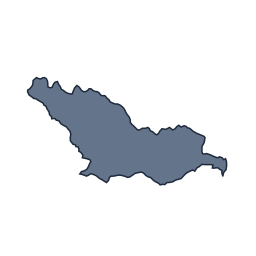 Cachoeira Paulista, São Paulo, Brazil (Mercator projection), rotated 148°
{"feature_id": "56859067B53695933502393", "entity_name": "Cachoeira Paulista", "entity_type": "district", "adm_level": 2, "iso_a3": "BRA", "parent_name": "Brazil", "parent_adm1": "São Paulo", "projection": "mercator", "projection_center": [-44.996, -22.71], "detail": "fine", "context": "isolated", "style": "filled", "palette": "slate", "viewbox_px": 256, "rotation_deg": 148, "n_neighbors": 0, "source": "geoboundaries", "source_scale": "gbopen_adm2", "svg_char_len": 2894}
<svg xmlns="http://www.w3.org/2000/svg" viewBox="0 0 256 256"><g transform="rotate(148 128 128)"><path d="M175.1,93.1L172.4,93.8L170.3,95.6L168.2,96.3L166.6,95.3L164.2,94.2L161.2,93.2L158.6,91.3L156.8,89.3L155.6,87.9L154.6,86.4L152.4,85.5L149.3,85.6L146.1,85.8L143.1,84.8L139.9,83.5L138.6,81.3L138.0,78.3L136.9,76.0L135.1,74.0L134.4,71.1L133.8,69.1L132.9,67.4L131.4,65.0L130.9,62.7L128.4,61.9L126.8,60.5L124.0,61.1L121.4,59.7L119.4,59.0L117.7,58.5L115.7,58.7L113.8,58.2L111.7,57.6L109.9,57.0L106.8,57.8L105.0,58.3L103.2,58.7L100.4,58.7L97.2,58.4L95.4,58.0L94.2,56.0L92.1,57.0L90.3,57.7L88.2,57.5L84.7,58.0L80.8,55.3L78.1,53.7L75.5,51.6L77.7,49.4L76.3,48.3L74.4,47.6L72.7,46.3L72.2,44.6L70.9,42.1L72.1,40.5L73.2,36.7L71.3,38.9L69.6,39.9L66.9,40.7L65.8,42.1L64.4,43.6L63.3,45.6L62.1,47.7L61.6,50.3L63.5,50.3L64.0,53.0L65.7,55.1L67.5,55.1L69.0,56.6L70.4,58.6L72.1,61.2L73.8,63.4L75.2,64.9L77.1,65.4L78.3,66.7L77.8,68.9L76.3,71.1L75.1,73.1L73.4,74.0L71.0,75.4L69.0,77.6L67.7,79.3L68.2,81.0L72.6,87.2L73.8,89.4L74.7,91.1L75.3,93.4L76.0,95.2L77.3,96.5L78.0,98.8L79.3,100.2L82.4,100.6L83.5,103.4L85.9,103.3L88.4,102.4L91.1,102.6L91.7,104.4L92.5,106.5L96.2,106.7L97.7,107.6L99.5,109.4L102.9,108.4L104.5,107.4L107.1,106.9L108.2,108.6L109.1,111.9L110.6,113.8L110.2,116.1L110.9,118.0L113.4,118.5L115.8,120.1L117.5,120.2L119.3,120.3L120.9,121.3L121.5,124.0L122.1,126.6L122.7,128.6L123.1,131.5L121.8,133.6L121.2,136.6L121.6,140.4L121.5,142.6L121.2,145.0L121.2,147.2L121.6,149.0L122.3,151.1L123.9,153.7L126.0,155.0L127.9,157.4L129.4,159.9L129.1,161.9L129.8,163.6L130.5,167.7L133.0,169.2L133.8,171.0L133.8,172.8L134.7,175.0L136.5,176.4L138.0,178.7L138.5,180.7L140.1,181.9L142.5,181.2L145.0,181.4L146.5,182.5L147.5,184.4L147.6,186.9L147.8,188.9L148.9,191.2L152.2,190.2L153.7,189.1L157.5,186.4L159.8,188.4L161.7,190.8L162.8,193.9L164.0,196.2L163.5,199.1L163.7,201.6L163.2,204.8L165.6,205.5L168.1,204.6L170.8,202.7L172.7,203.3L174.1,205.4L172.8,207.6L171.5,210.2L171.1,213.2L172.3,215.2L173.9,215.8L175.8,215.8L177.8,217.4L178.9,219.3L183.3,218.6L185.1,216.1L186.6,214.7L188.8,213.8L190.8,213.3L193.0,213.3L194.0,211.8L194.4,208.4L193.2,205.7L192.4,203.2L190.6,201.5L189.6,199.4L188.1,196.5L186.9,194.3L187.1,191.8L186.0,189.9L186.5,187.6L186.5,185.6L186.5,183.4L187.5,180.8L186.9,178.3L187.7,176.1L186.1,175.5L184.8,174.4L184.7,172.6L182.7,170.7L182.7,167.2L181.2,164.2L179.7,161.8L179.5,159.5L178.9,155.8L179.9,152.9L182.1,150.4L183.6,147.7L183.4,145.1L183.2,143.3L181.6,141.7L182.0,139.8L180.4,138.5L180.7,136.3L182.0,134.5L180.9,132.2L180.6,128.8L182.5,127.0L180.6,125.2L178.7,123.2L177.2,121.5L177.3,119.1L178.8,118.5L180.3,117.5L181.8,116.4L184.5,114.9L186.7,114.8L188.9,115.1L190.4,115.7L193.2,114.6L191.6,113.0L190.0,111.0L188.7,109.2L186.0,108.9L183.6,108.9L181.2,105.9L180.2,104.3L179.6,102.4L178.8,100.1L177.4,97.8L176.1,95.0L175.1,93.1Z" fill="#64748b" stroke="#1e293b" stroke-width="1.5"/></g></svg>